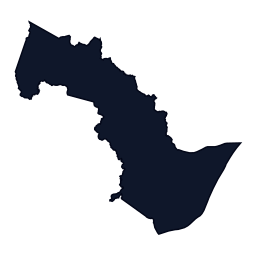 Ponta de Pedras, Pará, Brazil
{"feature_id": "56859067B9412259254898", "entity_name": "Ponta de Pedras", "entity_type": "district", "adm_level": 2, "iso_a3": "BRA", "parent_name": "Brazil", "parent_adm1": "Pará", "projection": "albers", "projection_center": [-49.151, -1.11], "detail": "fine", "context": "isolated", "style": "filled", "palette": "ink", "viewbox_px": 256, "rotation_deg": 0, "n_neighbors": 0, "source": "geoboundaries", "source_scale": "gbopen_adm2", "svg_char_len": 5696}
<svg xmlns="http://www.w3.org/2000/svg" viewBox="0 0 256 256"><path d="M184.3,227.6L187.6,225.8L190.0,223.9L195.4,218.8L197.7,217.1L200.1,215.6L201.9,213.6L203.8,210.4L207.7,200.8L208.8,197.8L213.1,188.3L217.8,179.1L223.6,169.5L225.4,165.9L226.0,164.1L230.0,157.4L233.1,152.6L236.6,147.8L240.6,143.0L227.0,143.3L224.8,143.6L220.5,145.3L217.0,146.4L215.0,146.8L207.6,146.8L205.9,147.3L201.9,149.5L197.0,151.8L194.0,152.8L189.6,152.9L183.5,151.5L178.7,149.8L177.7,150.1L176.6,149.2L175.1,147.3L174.5,145.0L173.7,144.0L172.3,143.5L171.5,142.0L171.7,140.4L172.0,139.6L170.7,137.8L167.9,135.7L166.6,136.0L165.9,135.2L166.2,134.5L166.2,133.8L165.7,133.0L166.7,131.7L166.8,128.4L167.1,127.3L166.2,125.8L166.1,124.5L166.7,124.0L166.9,123.1L165.8,122.3L165.6,121.5L165.0,120.6L165.3,119.4L164.7,118.9L164.6,118.1L165.2,117.6L165.5,116.2L166.3,115.8L166.3,114.7L166.9,113.9L166.3,112.4L165.3,112.4L164.6,111.8L163.5,111.2L162.8,111.4L162.1,111.1L161.5,111.5L160.1,111.6L159.3,111.4L158.0,112.1L156.4,111.3L154.3,109.7L154.1,109.0L154.3,107.6L154.2,106.6L154.5,105.9L154.7,103.2L153.5,100.9L153.9,100.2L154.5,99.8L154.8,98.8L155.8,98.6L156.4,98.0L155.6,97.5L155.4,96.8L154.3,95.8L153.9,94.9L153.2,94.9L152.5,95.3L151.7,97.1L149.5,96.3L149.2,95.6L148.5,95.2L147.8,95.6L147.3,96.3L146.6,96.0L145.0,95.9L145.0,95.0L144.5,94.5L143.8,94.1L143.1,94.0L140.6,92.6L139.9,91.9L139.1,91.6L138.3,91.0L136.6,89.3L136.9,86.5L136.5,85.7L136.1,83.8L135.5,82.2L135.4,81.1L134.7,79.5L134.3,77.8L134.8,76.6L133.2,76.3L132.1,75.4L131.2,76.0L130.3,76.0L130.2,75.2L128.5,75.5L126.7,75.1L125.9,75.1L125.7,74.3L124.2,74.1L124.5,73.3L123.7,73.0L123.7,72.2L123.4,71.6L121.9,71.2L121.1,71.5L120.5,70.8L119.7,70.5L119.7,69.7L118.2,68.8L116.9,67.4L116.2,67.3L115.3,66.2L114.9,65.5L114.3,65.1L113.5,63.7L112.7,63.8L111.9,63.3L110.7,60.2L110.1,59.6L110.3,58.7L110.2,58.0L109.1,58.2L108.4,58.9L107.5,58.9L106.7,58.6L105.1,58.6L104.2,58.8L103.5,59.2L103.2,59.9L102.6,59.5L101.6,59.4L101.1,58.6L100.4,58.2L101.1,56.9L100.6,55.3L101.5,53.7L101.1,52.7L100.5,52.2L100.1,49.9L101.5,47.3L101.5,46.4L100.9,45.8L101.0,44.8L101.5,44.0L101.2,43.1L101.3,42.3L101.0,41.6L100.5,41.0L100.1,39.1L99.6,40.1L98.7,39.3L95.5,37.8L94.8,37.3L94.0,37.7L93.7,38.4L90.4,41.8L90.2,42.6L89.1,43.6L89.0,44.5L87.5,45.1L87.0,45.7L86.2,45.7L85.4,45.1L84.0,44.5L83.3,44.6L82.6,44.4L79.9,43.2L79.1,42.5L78.5,43.4L78.9,44.0L78.7,44.7L77.0,44.9L76.3,45.2L75.0,46.6L74.3,46.7L73.5,46.3L72.9,45.6L71.2,45.2L70.2,43.7L69.7,42.6L69.6,40.6L70.0,39.6L70.0,37.7L70.3,36.9L69.1,35.5L65.7,36.4L65.0,36.8L62.8,36.8L60.7,37.2L59.0,38.6L29.3,21.9L29.5,22.6L30.0,23.4L30.8,24.0L30.5,25.5L30.8,26.5L30.7,27.5L30.1,28.3L28.9,30.7L30.0,31.8L30.2,32.5L29.3,34.9L29.0,36.0L29.0,37.0L28.1,37.6L27.4,37.6L26.4,38.2L26.2,39.1L26.5,39.8L25.8,41.3L15.4,71.8L16.0,73.0L16.3,74.3L15.7,75.1L15.8,76.4L16.5,77.1L16.3,78.8L16.6,79.7L17.6,81.3L17.3,82.1L17.5,82.8L18.2,84.1L18.3,84.9L19.0,86.3L18.5,88.4L19.6,89.3L20.1,90.0L20.8,90.4L21.2,91.1L21.4,92.0L21.2,93.0L20.3,94.2L20.4,95.3L22.0,96.4L22.8,96.3L23.6,96.8L24.1,97.3L24.8,97.7L27.5,97.8L28.4,98.0L29.5,99.2L30.2,98.9L31.0,99.1L31.5,97.6L31.6,96.3L32.4,96.0L32.1,95.3L32.6,94.8L34.0,94.6L34.7,94.7L35.2,93.9L36.1,93.8L37.5,94.1L37.5,93.3L38.4,93.1L38.8,92.3L39.2,91.0L38.2,91.1L38.3,90.4L38.8,89.4L37.4,89.0L37.5,88.3L38.0,87.6L38.0,86.8L37.5,86.1L38.4,84.7L39.6,83.5L39.0,83.1L40.5,81.3L41.3,80.8L42.1,80.9L42.7,81.2L44.2,80.7L44.7,80.1L45.1,80.7L45.8,81.0L45.9,81.7L46.4,82.3L47.1,82.8L47.8,82.5L48.4,83.1L49.1,83.4L49.7,84.1L51.1,84.5L51.5,85.3L52.2,85.3L52.7,84.7L54.3,84.7L54.9,85.1L56.4,85.2L58.0,85.1L58.6,84.4L59.5,84.6L60.2,84.4L61.0,84.5L62.5,85.2L63.4,85.3L64.2,85.0L65.0,85.3L67.1,86.6L68.0,89.4L67.2,92.1L67.2,93.2L67.7,94.8L93.3,101.7L94.0,102.2L94.1,104.0L94.5,105.7L96.4,107.0L98.0,107.2L98.4,107.9L98.8,109.6L98.4,111.1L98.5,111.9L98.1,112.6L98.1,113.3L98.8,113.9L100.9,114.5L102.6,115.4L103.7,116.7L103.2,118.1L102.6,118.5L102.3,119.2L101.6,118.9L101.4,120.6L100.9,121.1L100.8,121.8L101.0,122.6L100.5,123.2L100.3,124.0L99.2,123.9L98.2,124.2L97.7,125.0L96.4,125.7L95.9,127.1L95.0,127.4L94.8,128.1L94.7,129.0L94.8,129.7L96.2,130.8L96.4,131.5L98.8,133.0L99.3,133.5L99.2,134.4L98.6,134.8L98.3,136.3L98.6,138.0L99.6,139.2L101.0,139.5L101.6,140.0L102.6,140.0L103.3,139.3L104.7,138.7L105.6,138.9L106.4,139.2L108.0,141.1L108.8,141.6L109.5,141.8L110.4,143.3L110.1,144.3L110.4,145.1L111.0,145.7L111.0,147.3L111.7,147.9L112.3,148.2L113.4,149.8L114.2,150.1L115.1,149.9L116.3,151.5L116.6,152.4L116.6,153.3L117.6,154.9L117.3,156.4L117.9,156.8L118.3,158.6L118.6,159.4L119.5,159.5L121.4,158.6L121.8,159.3L121.6,160.2L121.1,160.8L121.8,161.6L123.4,162.5L123.5,163.5L123.4,164.3L122.6,164.6L122.2,165.2L121.7,166.9L123.0,168.6L123.7,168.6L124.4,168.3L124.8,169.0L124.4,170.0L123.2,171.5L123.0,172.2L123.0,173.0L122.7,173.6L122.7,174.5L122.1,175.4L121.3,176.0L120.3,175.9L119.9,176.5L120.6,177.1L120.9,178.0L120.3,178.7L120.7,179.4L121.4,179.1L121.8,179.6L121.5,180.3L120.7,180.7L120.7,183.6L120.0,184.1L119.7,184.8L120.5,185.6L121.1,186.6L121.9,187.1L122.4,186.7L123.2,187.4L123.2,188.3L122.4,188.6L121.1,190.0L119.8,192.3L118.0,192.9L117.3,193.5L116.4,193.9L113.3,194.3L112.3,194.8L111.6,195.3L111.3,196.4L111.9,198.7L111.4,199.3L110.0,199.8L109.9,200.8L111.1,200.9L112.1,201.3L112.8,200.9L114.2,199.6L114.6,198.7L115.3,198.3L116.0,198.3L116.6,197.9L117.7,197.8L118.6,197.8L118.8,197.0L119.9,195.3L121.5,193.8L122.0,195.1L121.9,195.9L122.1,196.6L122.1,197.3L121.4,197.9L121.6,198.7L146.1,216.3L146.5,216.9L148.5,218.0L151.0,218.5L151.6,218.0L153.1,218.8L153.6,219.4L153.7,221.9L153.5,222.8L154.0,223.4L154.9,227.6L157.7,232.8L158.8,234.1L168.6,230.9L175.0,229.6L178.3,229.3L184.3,227.6Z" fill="#0f172a" stroke="#020617" stroke-width="1.5"/></svg>